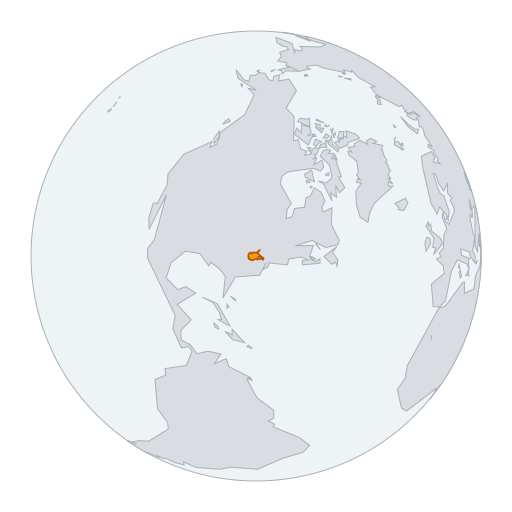 the Earth from above West Virginia, rotated 38°
{"feature_id": "USA-3554", "entity_name": "West Virginia", "entity_type": "State", "adm_level": 1, "iso_a3": "USA", "parent_name": "United States of America", "parent_adm1": "", "projection": "orthographic", "projection_center": [-80.323, 38.926], "detail": "fine", "context": "on_globe", "style": "filled", "palette": "amber", "viewbox_px": 512, "rotation_deg": 38, "n_neighbors": 0, "source": "natural_earth", "source_scale": "10m", "svg_char_len": 12106}
<svg xmlns="http://www.w3.org/2000/svg" viewBox="0 0 512 512"><g transform="rotate(38 256 256)"><circle cx="256" cy="256" r="225" fill="#eef3f6" stroke="#a8b0b8"/><path d="M268.7,480.9L268.2,480.8L272.6,480.1L268.6,480.3L278.0,477.8L273.1,478.6L277.1,473.9L285.4,468.0L293.4,446.4L289.1,441.8L272.4,436.9L252.4,415.5L258.2,405.5L253.6,400.7L268.5,385.2L264.3,370.6L259.0,368.6L253.8,374.4L235.4,364.6L228.6,352.4L171.8,324.5L165.9,316.6L165.9,305.8L147.7,262.8L155.3,300.7L148.0,291.8L142.4,277.4L145.8,275.5L142.4,255.2L136.1,245.3L136.5,220.2L151.0,192.8L152.9,198.9L156.1,192.2L154.0,184.4L151.7,181.0L160.1,151.4L155.3,130.0L146.5,128.7L154.1,125.2L132.7,127.0L125.5,121.4L138.1,124.6L142.8,122.7L140.1,117.0L144.4,113.9L145.5,109.5L150.8,106.5L157.8,109.2L161.4,107.4L159.3,103.6L163.3,98.6L165.8,104.4L173.1,96.3L186.0,100.7L188.6,120.9L200.2,122.6L214.6,142.0L217.7,138.3L225.1,144.1L231.5,142.2L232.3,146.9L236.7,141.4L234.7,137.5L235.9,133.9L239.5,132.6L241.2,138.2L239.6,139.6L242.0,140.6L241.3,144.1L243.7,141.6L245.3,148.9L249.0,139.9L254.7,144.2L254.4,149.6L247.5,151.3L229.6,169.7L227.2,176.6L230.6,184.1L251.6,193.0L251.8,200.1L257.0,208.1L260.1,202.8L257.1,194.9L264.2,187.7L259.7,179.4L261.9,175.4L260.0,166.5L267.8,165.7L276.3,169.9L278.2,177.5L282.0,179.8L286.2,171.1L295.7,184.5L312.0,192.5L313.6,196.6L306.0,206.2L290.7,209.2L280.7,223.8L294.7,212.4L298.6,223.6L302.4,224.9L306.5,223.5L308.0,218.6L310.9,222.3L298.1,234.4L295.3,231.2L299.4,227.2L292.2,229.0L283.7,238.2L286.3,243.6L270.5,253.4L272.2,257.6L269.7,262.4L268.1,254.9L270.7,268.9L252.6,285.3L255.8,309.4L244.5,291.0L235.4,288.7L224.6,288.7L224.9,292.7L210.2,288.7L197.4,295.6L193.2,313.8L198.7,328.5L215.0,330.7L219.6,323.3L231.4,322.4L223.6,342.6L244.3,346.2L242.6,360.9L248.7,368.3L258.9,366.3L269.5,369.4L276.9,360.6L288.8,354.9L289.4,366.6L295.7,355.2L302.5,359.9L326.0,355.3L324.3,358.4L344.2,367.2L364.9,366.6L369.8,372.8L367.4,378.4L374.4,377.1L374.5,380.1L401.7,372.5L414.8,372.2L413.9,381.9L401.8,398.6L388.6,423.0L366.3,437.8L359.1,446.1L339.0,459.5L325.7,462.8L327.9,465.0L319.2,468.7L310.2,470.8L307.3,472.8L300.5,474.1L304.1,474.3L291.6,477.7L293.2,478.0L284.5,479.5L268.7,480.9ZM49.8,233.0L51.4,228.5L51.4,233.2L49.8,233.0ZM51.7,224.5L51.3,226.3L51.5,224.5L51.7,224.5ZM51.4,222.4L51.6,223.9L51.2,222.6L51.4,222.4ZM50.9,220.2L51.3,221.2L51.1,221.2L50.9,220.2ZM254.9,317.4L278.6,327.2L265.5,329.5L267.9,327.3L261.9,323.0L250.7,319.1L239.0,321.5L254.9,317.4ZM50.7,215.4L50.7,214.1L51.2,214.6L50.7,215.4ZM264.8,304.0L260.7,303.3L264.7,303.1L264.8,304.0ZM150.1,180.1L153.5,184.6L153.9,193.1L150.5,189.6L150.1,180.1ZM150.0,164.8L152.8,165.7L148.9,172.3L148.5,169.7L150.0,164.8ZM139.3,128.8L141.3,131.7L137.9,130.0L139.3,128.8ZM144.7,109.5L142.8,109.7L144.2,107.4L144.7,109.5ZM255.9,167.6L257.9,167.1L257.2,169.0L255.9,167.6ZM253.2,164.4L251.0,167.1L249.3,165.9L250.8,164.3L253.2,164.4ZM153.7,100.8L156.5,97.2L154.8,101.2L153.7,100.8ZM256.4,161.5L246.7,163.7L243.9,161.7L247.0,154.1L256.4,161.5ZM158.9,95.5L165.7,87.4L162.1,87.1L176.3,83.9L165.8,91.5L164.3,96.3L162.4,94.3L158.9,95.5ZM232.5,136.9L234.8,140.9L229.6,138.9L232.5,136.9ZM228.8,136.5L211.1,136.3L209.5,130.1L215.8,131.2L211.1,124.5L219.0,121.5L223.4,124.5L222.9,129.0L226.3,124.5L228.8,136.5ZM183.0,83.7L185.7,82.3L184.2,84.3L183.0,83.7ZM236.0,132.4L232.6,132.7L230.9,127.3L237.5,125.6L235.9,127.8L236.0,132.4ZM205.9,124.4L205.9,120.3L212.3,116.6L213.2,114.6L219.1,120.9L205.9,124.4ZM238.1,128.4L240.9,124.9L244.9,126.4L239.2,131.7L238.1,128.4ZM227.7,126.6L227.3,124.0L229.7,124.9L227.7,126.6ZM260.7,130.2L256.6,130.4L255.4,127.5L260.7,130.2ZM241.7,123.6L240.3,123.1L239.4,122.1L242.0,120.2L241.7,123.6ZM223.2,118.0L225.9,117.5L221.1,115.2L225.7,112.7L228.8,117.5L229.4,114.3L230.8,113.6L231.8,118.4L223.2,118.0ZM241.8,115.3L247.4,121.0L255.2,121.1L256.5,123.6L243.6,123.0L241.8,115.3ZM235.9,116.6L239.9,116.3L239.4,119.4L236.4,121.6L235.9,116.6ZM227.8,109.3L219.9,112.0L219.5,110.9L227.8,109.3ZM244.2,114.7L242.8,113.3L244.8,114.3L244.2,114.7ZM232.9,110.2L230.2,111.2L229.8,109.9L232.9,110.2ZM242.3,110.0L244.1,111.7L242.1,113.2L242.3,110.0ZM238.1,109.6L238.2,107.6L240.4,112.6L236.9,110.2L238.1,109.6ZM233.0,108.8L231.9,108.4L234.2,108.6L233.0,108.8ZM248.8,103.8L252.0,109.8L247.6,112.9L245.1,106.5L248.8,103.8ZM436.4,121.0L436.2,120.9L433.5,117.4L433.3,117.2L433.0,116.8L438.0,123.2L436.2,121.3L438.7,124.2L447.7,137.7L455.7,151.8L462.7,166.5L468.6,181.6L473.5,197.1L477.1,213.0L479.7,229.0L481.0,245.2L481.2,261.5L481.0,246.3L480.5,244.3L480.2,252.3L479.0,250.0L478.3,254.0L470.1,285.5L464.3,286.3L449.6,274.2L448.7,260.1L442.8,249.6L432.1,184.5L436.2,178.8L435.1,150.0L436.1,148.0L443.2,157.2L448.0,147.7L441.2,136.5L438.6,126.0L432.3,116.3L417.8,100.7L427.9,116.3L422.8,113.6L409.1,96.2L399.2,83.8L396.9,82.4L397.3,86.3L389.1,80.1L396.8,87.6L398.1,87.0L402.9,92.0L402.0,92.8L399.2,90.4L400.5,93.7L413.8,105.2L416.5,105.9L423.6,118.5L428.8,121.1L432.8,126.7L425.5,124.5L421.7,121.3L412.9,124.5L417.6,128.9L426.1,126.4L426.1,128.8L432.4,135.7L427.6,132.4L417.0,134.8L419.5,148.1L432.9,174.6L432.1,182.9L426.8,186.9L411.6,170.2L415.0,153.7L409.6,148.4L400.1,147.4L402.0,142.8L398.5,140.6L398.9,134.7L390.8,123.2L389.9,117.4L378.3,110.4L376.3,106.6L383.7,111.7L388.4,112.4L385.1,99.2L382.0,95.9L374.7,92.6L374.7,89.8L368.1,88.4L362.1,80.6L363.9,89.2L355.4,86.5L347.3,80.9L344.8,81.7L358.1,91.0L363.1,93.4L366.9,92.9L380.9,102.0L383.8,107.2L370.4,104.2L373.1,111.6L361.5,106.7L332.7,83.4L324.9,75.6L329.7,65.9L336.4,68.2L337.9,72.7L344.2,70.0L340.0,69.5L340.0,67.4L331.9,65.0L331.5,63.5L324.4,64.1L323.0,62.0L327.6,61.6L314.4,57.0L309.3,52.9L306.5,52.7L305.0,53.6L299.5,48.2L297.7,48.3L298.8,50.1L295.9,51.7L288.6,52.5L287.1,50.6L289.5,50.0L292.4,46.2L299.0,45.5L297.7,44.8L291.5,45.1L288.1,49.6L284.1,50.7L284.8,48.1L284.3,49.1L281.8,49.1L278.0,47.4L276.8,50.2L252.1,54.7L242.2,52.5L245.6,49.3L226.8,52.3L217.1,50.8L218.2,52.3L209.8,55.5L212.7,55.9L212.6,56.9L192.5,66.8L186.6,68.0L179.1,75.0L179.6,76.0L183.6,75.3L176.3,83.9L162.1,87.1L161.6,84.8L153.0,88.9L153.2,83.2L149.3,80.9L154.5,73.1L151.0,72.4L148.0,74.2L141.0,75.0L137.0,71.4L153.4,66.3L162.0,72.7L159.6,69.1L164.1,67.7L165.6,65.3L163.6,63.2L160.9,64.3L177.7,52.0L180.6,46.3L170.9,50.6L164.2,52.7L159.0,52.8L162.2,51.2L177.0,45.0L192.3,39.9L207.9,35.9L223.7,33.0L239.8,31.3L255.8,30.7L271.9,31.3L287.9,33.0L303.8,35.8L319.4,39.8L334.7,44.9L349.5,51.1L363.9,58.3L377.8,66.5L391.0,75.7L403.5,85.8L415.3,96.7L426.3,108.5L436.4,121.0ZM443.3,210.5L445.4,214.1L443.3,210.5ZM380.7,68.4L380.1,68.0L377.5,66.3L376.2,65.5L379.8,67.8L378.3,67.6L371.3,63.1L368.0,61.7L370.9,63.8L384.1,72.3L386.3,72.3L392.1,76.5L393.0,77.1L380.7,68.4ZM326.7,355.0L329.6,356.7L325.9,357.5L326.7,355.0ZM263.9,334.7L268.8,334.7L271.4,336.5L267.7,337.4L263.9,334.7ZM304.9,331.0L310.4,331.2L304.7,333.1L304.9,331.0ZM282.3,328.4L300.4,331.3L289.3,336.3L277.9,334.5L285.7,332.7L282.3,328.4ZM262.8,311.8L266.0,312.6L265.2,315.0L262.8,311.8ZM267.7,303.9L266.5,304.2L264.9,302.3L267.7,303.9ZM299.3,222.9L300.4,222.0L304.8,221.6L303.0,223.9L299.3,222.9ZM322.7,208.6L326.8,214.9L322.6,211.7L320.9,215.8L309.9,214.6L313.9,198.6L314.0,205.9L322.7,208.6ZM296.3,209.3L302.8,211.4L295.5,209.8L296.3,209.3ZM379.0,136.2L382.0,134.9L386.0,138.7L387.1,147.7L381.3,142.1L379.0,136.2ZM385.3,132.4L371.6,127.8L370.4,122.5L373.4,126.2L374.0,123.1L378.9,128.3L391.1,128.4L395.4,131.9L395.1,145.6L392.8,139.0L390.0,140.4L385.3,132.4ZM339.0,129.9L333.1,129.1L338.1,118.5L343.0,120.5L344.5,129.1L339.5,131.9L339.0,129.9ZM263.7,148.2L261.1,149.5L260.6,147.9L262.4,145.4L263.7,148.2ZM258.9,130.6L274.5,141.1L272.3,143.0L284.0,147.6L282.9,154.6L275.3,151.2L283.2,160.3L275.9,160.2L281.9,165.9L265.2,157.8L259.0,158.5L266.4,155.0L267.6,148.5L266.3,145.9L257.8,139.1L245.0,137.8L244.2,131.6L247.0,127.6L250.0,127.0L249.6,131.1L253.8,127.3L255.5,132.9L258.9,130.6ZM280.6,91.3L278.9,95.1L287.7,90.8L289.4,95.3L290.3,94.5L294.3,97.7L300.7,100.3L300.5,102.5L303.1,102.6L305.8,104.9L309.3,105.9L310.1,110.4L314.5,112.1L312.4,113.3L319.6,115.1L314.6,115.9L317.6,119.2L320.9,116.7L316.8,141.3L318.9,151.8L323.5,160.5L314.2,161.3L304.0,154.1L294.8,143.6L294.0,133.7L290.0,136.2L288.4,132.3L292.3,131.9L285.4,130.2L285.1,127.0L276.9,119.2L267.1,119.3L263.9,116.7L267.5,115.1L261.7,113.6L266.5,108.9L264.2,107.1L266.7,100.9L275.1,99.2L272.0,97.3L273.7,92.9L280.6,91.3ZM249.8,102.1L259.5,98.5L265.2,99.4L258.5,110.0L259.9,112.3L255.8,119.6L247.6,118.3L249.5,116.3L249.5,114.0L252.1,115.3L250.0,112.6L252.5,109.8L251.6,107.1L255.0,106.6L249.8,102.1ZM433.0,142.2L433.0,140.1L432.0,136.2L436.0,140.7L433.0,142.2ZM426.1,144.0L425.5,141.4L430.6,145.3L430.6,147.7L426.1,144.0ZM420.7,137.0L425.0,141.0L422.7,140.2L420.7,137.0ZM382.7,109.4L381.5,106.8L383.1,107.2L385.7,109.4L382.7,109.4ZM307.0,81.2L305.1,82.8L303.7,82.1L296.5,83.3L294.6,80.3L298.2,78.4L307.0,81.2ZM422.0,105.4L426.4,110.4L426.2,110.8L424.7,108.9L422.0,105.4ZM433.5,125.9L432.9,122.6L434.6,127.1L433.5,125.9ZM303.8,78.1L301.0,78.8L301.8,76.9L303.8,78.1ZM292.9,78.2L293.1,75.9L293.5,80.1L292.9,78.2ZM284.0,57.1L296.1,58.5L303.6,58.3L305.9,55.9L307.9,60.2L296.3,60.5L284.0,57.1ZM256.2,55.0L254.2,57.6L251.6,56.6L251.7,55.8L256.2,55.0ZM257.5,56.5L261.6,59.7L258.2,61.3L255.6,58.4L257.5,56.5ZM283.1,67.8L286.8,68.3L286.1,69.8L283.1,67.8ZM148.0,58.3L149.8,57.6L140.9,62.7L138.3,64.1L140.7,62.4L145.3,59.8L148.0,58.3ZM147.9,58.9L152.4,56.5L165.9,52.6L166.5,53.2L151.5,58.1L154.9,56.2L153.1,56.5L147.9,58.9ZM184.4,81.5L185.6,82.2L183.1,82.6L184.4,81.5ZM214.4,57.1L213.8,58.6L210.9,58.8L214.4,57.1ZM210.5,62.9L214.2,61.6L210.9,63.7L210.5,62.9ZM222.5,58.8L216.0,61.5L221.3,57.9L222.5,58.8Z" fill="#d9dde1" stroke="#a8b0b8" stroke-width="1"/><path d="M249.0,257.9L249.1,258.0L249.3,258.0L249.5,257.9L249.8,257.8L249.9,257.7L250.0,257.3L250.0,257.2L250.2,257.3L250.3,257.2L250.3,256.9L250.2,256.6L250.3,256.4L250.4,256.2L250.5,256.0L250.5,255.9L250.7,255.6L250.8,255.6L251.0,255.7L251.1,255.8L251.2,256.0L251.3,256.1L251.4,255.9L251.5,255.9L251.5,255.7L251.5,255.4L251.4,255.4L251.6,255.3L251.6,255.2L251.7,254.9L251.8,254.7L252.0,254.6L252.2,254.4L252.3,254.3L252.5,254.1L252.8,254.3L253.0,254.2L253.3,254.1L253.6,253.9L253.7,253.7L253.8,253.6L254.1,253.4L254.3,253.2L254.4,252.9L254.4,252.7L254.5,252.6L254.5,252.4L254.5,252.1L254.7,251.9L254.8,251.7L254.7,251.5L254.8,251.5L254.8,251.4L254.9,251.2L254.9,250.9L255.0,250.8L255.1,250.7L255.1,250.4L255.1,250.2L255.2,249.9L255.1,249.7L254.9,249.5L255.0,249.4L255.4,249.2L255.4,252.9L258.6,252.9L258.5,254.9L259.0,254.5L259.2,254.4L259.3,254.2L259.5,254.2L259.7,253.9L259.8,253.8L260.0,253.8L260.4,253.6L260.5,253.5L260.6,253.4L260.7,253.2L260.8,253.3L260.7,253.3L260.8,253.4L260.9,253.5L261.0,253.5L261.3,253.6L261.6,253.6L261.7,253.4L261.8,253.3L261.7,253.2L261.8,253.2L262.0,253.1L262.3,253.0L262.4,252.9L262.5,252.9L262.8,253.0L263.0,253.2L263.1,253.3L263.3,253.2L263.5,253.2L263.5,253.3L263.4,253.4L263.5,253.6L263.7,253.8L263.8,253.9L263.8,254.0L263.9,254.3L263.6,255.0L262.1,253.9L262.0,254.0L262.0,254.3L261.9,254.4L261.8,254.6L261.8,254.9L261.8,255.0L261.7,255.2L261.6,255.3L261.4,255.5L261.2,255.8L261.0,256.0L260.9,256.0L260.9,255.9L260.5,256.5L260.4,256.5L260.1,256.3L259.9,256.5L259.8,257.0L259.7,257.0L259.5,257.4L259.5,257.6L259.2,257.9L259.2,258.0L258.5,257.7L258.4,257.4L258.1,257.3L258.0,257.6L257.9,257.7L257.9,257.9L257.9,258.0L257.7,258.2L257.7,258.3L257.6,258.5L257.4,258.8L257.2,259.0L257.2,259.3L257.0,259.6L256.4,260.4L256.3,260.5L256.1,260.9L256.2,261.0L256.3,261.1L256.1,261.3L256.1,261.5L255.7,261.8L255.5,261.7L255.4,261.7L255.3,261.8L255.0,261.9L254.7,262.1L254.5,261.9L254.4,261.9L254.3,262.0L254.3,262.3L254.0,262.4L253.9,262.4L253.5,262.5L253.2,262.6L252.9,262.4L252.8,262.2L252.7,262.2L252.7,262.3L252.6,262.5L252.4,262.5L252.2,262.7L251.9,262.7L251.7,262.6L251.5,262.4L251.3,262.4L251.2,262.3L251.2,262.2L251.0,261.9L250.9,261.8L250.8,261.7L250.9,261.4L250.7,261.4L250.4,261.3L250.4,261.2L250.2,261.0L250.1,260.9L249.9,260.8L249.8,260.6L249.7,260.5L249.5,260.2L249.4,259.9L249.4,259.7L249.2,259.4L248.9,258.9L249.0,258.8L249.0,258.7L249.1,258.3L249.0,258.1L249.0,257.9Z" fill="#f59e0b" stroke="#b45309" stroke-width="1.5"/></g></svg>